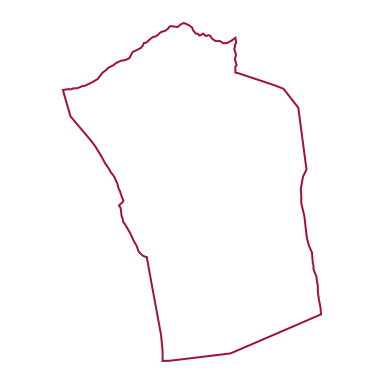 the district of San Miguel Huautla, Oaxaca, Mexico
{"feature_id": "50627088B50573678957415", "entity_name": "San Miguel Huautla", "entity_type": "district", "adm_level": 2, "iso_a3": "MEX", "parent_name": "Mexico", "parent_adm1": "Oaxaca", "projection": "robinson", "projection_center": [-97.153, 17.754], "detail": "fine", "context": "isolated", "style": "outline", "palette": "rose", "viewbox_px": 384, "rotation_deg": 0, "n_neighbors": 0, "source": "geoboundaries", "source_scale": "gbopen_adm2", "svg_char_len": 2139}
<svg xmlns="http://www.w3.org/2000/svg" viewBox="0 0 384 384"><path d="M235.4,37.8L233.9,38.9L232.1,40.3L229.3,41.8L226.9,43.1L223.2,43.2L221.5,42.1L219.7,40.9L218.6,41.2L215.5,41.0L212.1,38.7L211.2,37.5L210.5,36.0L208.2,35.1L206.3,36.1L205.1,35.5L203.2,33.6L201.9,34.4L200.9,35.1L199.2,35.5L198.3,34.1L197.4,33.6L196.1,33.8L194.5,32.1L193.1,30.3L192.1,27.6L189.3,25.5L186.9,24.3L183.9,23.0L181.1,24.2L179.3,25.7L177.4,27.1L175.5,26.7L173.0,26.4L171.3,26.2L169.5,26.5L168.2,28.5L165.7,30.5L163.3,31.5L161.6,31.7L160.0,32.8L158.1,34.7L155.4,36.6L153.3,36.9L151.2,38.2L148.8,40.3L146.5,42.5L145.2,42.7L143.9,43.0L143.1,45.2L140.8,48.0L137.5,49.7L135.2,50.8L132.9,51.8L131.1,54.7L129.8,57.7L127.6,59.1L124.3,60.3L121.4,60.6L118.5,61.8L115.8,63.3L113.4,65.2L108.6,67.6L105.3,70.7L102.4,72.8L99.8,76.2L97.8,78.9L92.8,81.9L89.1,83.8L84.5,85.9L82.0,86.2L80.7,86.9L78.6,87.7L76.3,88.4L74.0,88.2L70.8,89.4L68.6,89.1L63.0,90.0L64.1,94.3L70.5,116.4L90.8,140.4L93.0,143.4L94.9,145.8L96.7,148.7L98.1,151.0L101.0,155.7L103.2,159.7L105.0,163.1L107.3,166.4L108.5,168.2L110.2,171.0L110.9,172.7L112.5,174.2L114.3,177.0L115.8,180.2L117.2,183.2L117.8,185.2L118.3,187.7L120.1,191.6L120.9,194.2L121.8,196.7L123.4,200.8L122.3,202.5L119.0,205.4L120.4,207.6L121.0,210.1L121.3,213.8L121.6,216.0L122.3,217.6L122.7,219.5L123.4,222.3L125.3,224.7L130.4,233.6L133.5,240.4L136.9,246.4L137.8,249.4L139.0,252.1L142.6,255.5L145.4,256.9L146.8,257.1L149.6,272.8L161.1,335.2L162.6,351.4L162.6,361.0L170.2,360.7L230.5,353.4L247.9,345.9L248.2,345.8L248.5,345.7L282.0,331.2L284.4,330.2L313.7,317.5L314.0,317.4L315.2,316.9L315.6,316.7L317.3,316.0L317.7,315.8L321.0,314.4L321.0,313.9L320.9,313.6L320.6,308.3L320.1,305.5L318.9,299.6L317.9,292.3L317.8,285.5L317.1,282.4L316.3,275.9L314.8,272.9L313.4,268.7L313.6,266.5L312.7,262.1L312.0,252.7L308.9,245.5L306.9,238.1L305.6,227.0L304.4,216.5L303.6,212.9L301.6,204.7L301.2,202.1L301.3,196.0L300.8,188.9L303.0,176.7L306.5,169.6L298.3,107.7L283.4,88.7L273.4,84.9L238.5,73.3L235.4,72.6L235.3,66.9L236.6,65.2L234.9,59.2L236.0,54.8L234.2,48.6L235.1,46.5L235.0,44.8L236.2,42.5L235.4,37.8Z" fill="none" stroke="#9f1239" stroke-width="2"/></svg>